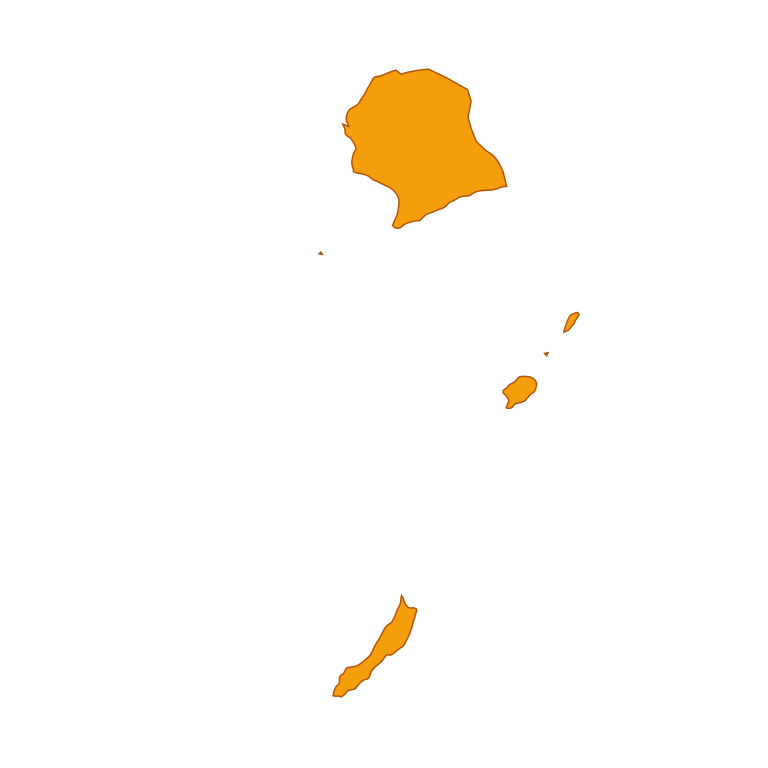 the district of Qalansiyah wa Abd Al Kuri, Hadramawt, Yemen, rotated 295°
{"feature_id": "15242507B10596271459975", "entity_name": "Qalansiyah wa Abd Al Kuri", "entity_type": "district", "adm_level": 2, "iso_a3": "YEM", "parent_name": "Yemen", "parent_adm1": "Hadramawt", "projection": "equal_earth", "projection_center": [53.013, 12.411], "detail": "fine", "context": "isolated", "style": "filled", "palette": "amber", "viewbox_px": 768, "rotation_deg": 295, "n_neighbors": 0, "source": "geoboundaries", "source_scale": "gbopen_adm2", "svg_char_len": 4438}
<svg xmlns="http://www.w3.org/2000/svg" viewBox="0 0 768 768"><g transform="rotate(295 384 384)"><path d="M673.5,262.1L672.9,261.5L671.2,259.6L669.1,257.6L667.5,255.9L665.6,254.3L663.6,252.6L661.8,250.6L660.3,248.6L658.3,245.8L655.9,245.0L653.6,244.9L651.2,244.7L648.6,244.6L646.2,244.3L643.6,244.1L641.1,244.0L640.7,244.0L638.7,243.9L636.6,243.6L634.4,243.3L631.8,242.8L629.7,242.6L629.2,242.6L628.3,242.5L627.0,242.3L624.9,241.3L623.0,240.1L621.0,238.5L619.0,237.1L616.9,236.5L614.8,236.5L612.6,236.5L610.4,236.9L609.2,237.4L608.1,237.8L605.9,239.3L604.3,241.6L602.5,243.0L602.5,239.9L602.3,238.9L602.1,236.8L600.3,238.9L598.6,240.8L596.7,241.9L594.8,242.9L594.5,243.1L594.4,243.2L593.3,245.8L593.0,248.6L592.0,251.1L590.6,253.2L589.1,255.6L587.5,257.4L585.4,259.3L583.1,259.2L581.0,259.0L578.9,259.1L576.3,259.6L574.0,260.2L571.9,260.8L569.8,262.0L567.7,263.6L565.8,265.4L563.6,266.5L563.6,269.6L564.4,272.3L565.0,275.2L565.8,278.5L565.9,282.3L565.2,285.2L564.4,288.0L564.7,290.8L564.7,294.3L564.6,297.9L564.5,301.7L564.5,305.0L564.2,308.1L563.4,311.0L562.3,313.7L560.9,315.8L559.5,317.7L557.8,319.3L555.1,320.9L552.9,321.6L550.6,322.4L548.4,323.1L546.3,323.6L544.0,324.1L541.8,324.6L539.7,324.5L536.8,324.6L534.5,324.5L531.4,324.7L531.4,324.8L530.3,327.1L530.2,327.3L530.7,330.1L532.0,332.3L533.9,333.4L537.2,335.0L539.8,337.2L542.0,339.6L544.0,342.1L545.5,344.2L546.8,346.7L549.2,348.3L552.1,349.0L554.2,350.0L556.1,351.2L558.2,353.2L560.1,355.2L561.9,356.7L563.7,358.4L566.3,360.8L568.0,362.8L569.9,364.2L572.6,365.3L576.8,367.0L578.7,368.9L580.8,370.4L582.7,371.8L584.8,373.0L586.6,375.2L588.1,377.2L589.7,380.3L591.3,382.2L592.4,382.8L593.4,383.3L596.0,385.3L597.7,386.9L599.4,389.0L600.9,391.4L602.2,393.7L603.5,396.2L605.2,399.2L606.6,401.5L608.4,403.6L610.4,405.4L612.2,407.3L613.6,409.4L614.3,410.7L614.8,411.7L626.6,402.3L633.1,394.3L635.4,390.4L637.4,385.9L638.7,377.6L641.7,368.4L643.0,365.0L649.9,357.6L652.6,354.8L661.4,347.4L661.8,347.3L677.3,343.3L686.1,335.3L688.0,311.0L688.0,307.5L688.1,291.3L682.1,281.4L676.4,273.5L672.0,268.6L673.1,263.6L673.5,262.1ZM104.2,469.6L102.0,468.0L99.9,467.6L97.8,468.2L95.7,469.3L93.4,469.9L91.3,469.2L89.3,468.4L87.1,468.4L84.9,468.5L82.8,468.6L80.9,469.8L79.9,469.5L80.6,472.2L81.9,474.4L82.4,477.6L84.4,478.7L86.6,479.8L88.7,480.2L90.9,481.1L92.7,483.0L94.6,485.7L96.5,487.0L98.8,487.5L101.2,488.1L103.5,488.8L105.5,489.7L107.9,491.5L109.5,493.5L111.6,494.5L113.7,494.4L115.8,494.2L117.9,493.9L120.0,494.4L122.4,495.1L124.5,495.8L126.5,496.9L128.7,497.9L130.8,498.8L132.8,499.4L135.2,499.7L138.1,500.4L140.1,501.6L140.9,504.3L142.7,505.9L145.1,507.2L147.4,508.1L149.4,509.1L151.6,510.3L153.9,511.8L155.9,512.5L158.4,512.6L160.5,512.6L162.6,512.7L164.7,512.8L167.1,512.7L169.4,512.7L171.7,512.4L173.9,512.3L176.1,512.0L178.5,511.6L180.7,511.1L182.9,510.7L185.2,510.6L187.3,510.1L189.4,509.7L191.8,509.6L193.8,508.4L193.7,505.4L192.4,503.2L191.6,500.5L192.7,497.9L194.2,495.6L196.1,493.7L198.3,491.6L199.7,489.3L197.6,489.7L195.5,490.6L193.5,491.1L191.5,491.6L189.3,491.7L186.9,491.6L184.8,491.5L182.7,491.6L180.4,491.8L177.9,491.9L175.7,491.9L173.5,491.8L171.2,491.6L169.3,490.6L167.2,489.2L165.1,488.6L162.9,487.9L160.8,487.8L158.3,487.7L156.2,487.6L154.0,487.5L151.9,487.4L149.8,487.2L147.7,486.8L145.2,486.5L142.9,486.4L139.8,486.3L136.8,486.4L134.7,486.3L132.6,486.2L130.5,485.4L128.5,484.6L125.9,483.4L123.7,482.4L121.7,481.5L119.3,480.1L117.4,478.9L115.8,477.0L114.1,474.6L112.6,472.1L110.8,470.2L108.5,469.8L106.4,469.8L104.2,469.6ZM447.7,503.7L445.6,502.8L443.5,502.2L440.9,501.4L438.7,499.7L436.8,498.2L434.8,497.5L432.6,497.0L430.4,495.8L428.4,494.7L426.4,495.7L425.4,498.6L424.1,500.9L422.7,503.2L420.8,504.6L418.7,504.3L416.4,504.6L414.1,504.7L414.1,506.0L415.2,508.3L416.9,510.0L419.1,510.5L421.4,511.1L423.0,513.1L424.6,515.3L426.3,517.0L428.3,518.8L430.9,519.5L433.1,520.2L435.4,520.7L437.7,521.9L439.7,523.2L442.0,523.7L444.8,523.3L446.9,522.8L449.3,521.8L451.2,519.6L452.1,516.9L452.2,514.0L451.5,511.3L450.6,508.8L449.3,506.1L447.7,503.7ZM530.6,529.1L529.0,527.2L527.3,525.5L525.3,524.0L523.0,523.6L520.9,523.6L518.8,523.5L516.3,523.7L513.6,524.1L511.4,524.1L509.1,524.5L507.1,525.2L509.3,527.2L511.3,528.7L513.4,529.1L515.5,529.7L518.0,530.5L520.6,530.7L522.8,530.7L525.9,531.1L529.2,531.5L530.6,529.1ZM481.6,519.4L479.6,516.6L478.4,519.4L481.6,519.4ZM476.8,270.9L474.6,270.2L475.4,273.2L476.8,270.9Z" fill="#f59e0b" stroke="#b45309" stroke-width="1.5"/></g></svg>